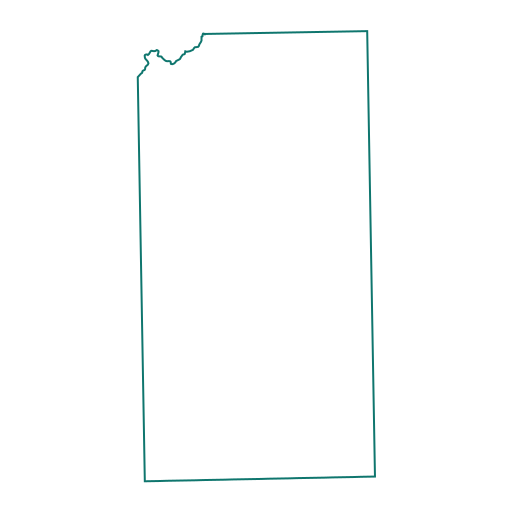 SVG path tracing the border of Kansas, rotated 269°
{"feature_id": "USA-3530", "entity_name": "Kansas", "entity_type": "State", "adm_level": 1, "iso_a3": "USA", "parent_name": "United States of America", "parent_adm1": "", "projection": "mercator", "projection_center": [-97.125, 38.5], "detail": "fine", "context": "isolated", "style": "outline", "palette": "teal", "viewbox_px": 512, "rotation_deg": 269, "n_neighbors": 0, "source": "natural_earth", "source_scale": "10m", "svg_char_len": 2619}
<svg xmlns="http://www.w3.org/2000/svg" viewBox="0 0 512 512"><g transform="rotate(269 256 256)"><path d="M33.4,371.1L33.4,364.0L33.4,357.0L33.3,349.9L33.3,342.8L33.3,335.7L33.3,328.6L33.2,321.5L33.2,314.4L33.2,307.3L33.2,300.2L33.2,293.0L33.1,285.9L33.1,278.7L33.1,271.6L33.1,264.4L33.0,257.2L33.0,250.0L33.0,242.8L33.0,235.6L33.0,228.4L32.9,221.1L32.9,213.9L32.9,206.6L32.9,199.4L32.8,192.1L32.8,184.8L32.8,177.5L32.8,170.2L32.8,162.9L32.7,155.6L32.7,148.3L32.7,140.9L46.9,140.9L59.5,140.9L72.0,140.9L84.6,140.9L97.2,140.9L109.8,140.9L122.4,140.9L135.0,140.9L147.5,140.9L160.1,140.9L172.7,140.9L185.3,140.9L197.9,140.9L210.4,140.9L223.0,140.9L235.6,140.9L248.2,140.9L260.8,140.9L273.3,140.9L285.9,140.9L298.5,140.9L311.1,140.9L323.7,140.9L336.2,140.9L348.8,140.9L361.4,140.9L374.0,140.9L386.6,140.9L399.1,140.9L411.7,140.9L424.3,140.9L436.9,140.9L440.3,144.1L441.1,145.3L441.7,145.5L442.5,145.6L443.0,145.9L443.4,146.5L443.7,147.2L443.9,147.8L444.5,148.2L445.0,148.4L446.2,148.5L446.9,148.8L447.6,149.3L449.2,151.2L450.5,151.8L451.9,151.4L453.1,150.6L454.9,149.0L455.8,148.5L456.8,148.3L458.3,148.2L459.0,148.6L459.4,149.6L459.4,150.7L458.9,151.4L459.8,152.5L462.4,154.1L463.0,154.9L462.9,155.7L462.6,157.3L462.6,158.2L462.8,159.1L463.2,159.7L463.6,160.2L463.4,161.1L462.5,162.1L461.2,162.0L458.3,161.1L457.8,161.4L457.4,162.0L457.3,162.8L457.1,164.7L456.7,165.2L456.2,165.4L455.6,165.9L453.7,167.8L452.7,169.1L452.3,170.5L452.4,172.2L452.3,173.0L452.1,173.7L451.4,174.1L449.8,174.2L449.4,174.5L449.3,176.0L450.0,177.6L451.1,178.8L452.1,179.3L452.5,179.9L453.8,182.6L454.4,183.5L454.9,183.8L456.0,184.3L458.5,186.2L458.7,186.6L459.0,187.9L459.3,188.3L461.9,188.9L461.4,190.3L461.9,193.4L463.2,196.5L465.2,197.9L465.8,198.6L465.9,200.3L466.2,201.9L467.3,202.7L468.5,203.0L471.2,204.8L472.5,205.3L474.3,205.3L475.2,205.4L475.8,205.3L476.1,205.3L476.4,205.6L476.6,206.3L476.8,206.4L478.2,206.5L479.2,206.9L479.3,207.6L478.5,208.5L478.5,208.8L478.6,209.1L478.9,209.2L478.9,209.7L478.9,215.4L478.9,225.2L478.9,235.1L478.9,244.9L478.9,254.7L478.9,264.5L478.9,274.3L478.9,284.0L478.9,293.8L478.9,303.5L478.9,313.2L478.9,322.9L478.9,332.6L478.9,342.2L478.9,351.9L478.9,361.5L478.9,371.1L465.0,371.1L451.1,371.1L437.2,371.1L423.4,371.1L409.5,371.1L395.6,371.1L381.8,371.1L367.9,371.1L354.0,371.1L340.2,371.1L326.3,371.1L312.4,371.1L298.5,371.1L284.7,371.1L270.8,371.1L256.9,371.1L243.1,371.1L229.2,371.1L215.3,371.1L201.5,371.1L187.6,371.1L173.7,371.1L159.8,371.1L146.0,371.1L132.1,371.1L118.2,371.1L104.4,371.1L90.5,371.1L76.6,371.1L62.7,371.1L48.9,371.1L33.4,371.1Z" fill="none" stroke="#0f766e" stroke-width="2"/></g></svg>